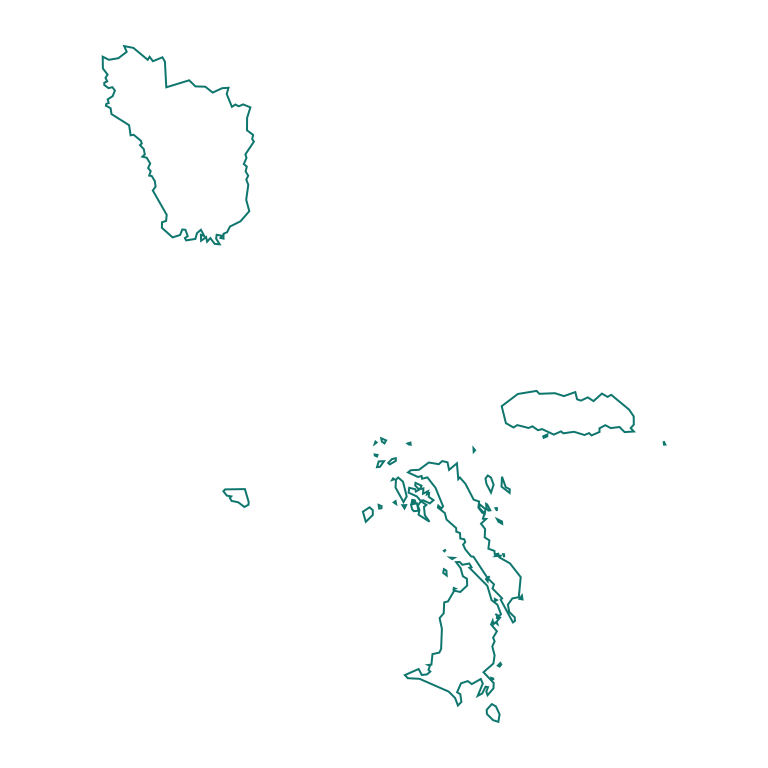 outline of Nias Selatan, Sumatera Utara, Indonesia
{"feature_id": "22746128B70987165350034", "entity_name": "Nias Selatan", "entity_type": "district", "adm_level": 2, "iso_a3": "IDN", "parent_name": "Indonesia", "parent_adm1": "Sumatera Utara", "projection": "albers", "projection_center": [98.287, 0.198], "detail": "fine", "context": "isolated", "style": "outline", "palette": "teal", "viewbox_px": 768, "rotation_deg": 0, "n_neighbors": 0, "source": "geoboundaries", "source_scale": "gbopen_adm2", "svg_char_len": 6112}
<svg xmlns="http://www.w3.org/2000/svg" viewBox="0 0 768 768"><path d="M133.4,47.9L124.2,46.1L126.7,51.8L118.4,58.2L108.9,59.8L102.7,56.7L102.9,68.5L107.6,74.6L105.5,77.9L107.2,81.4L104.3,82.7L104.3,85.0L108.5,88.1L112.4,87.2L114.9,90.5L112.7,96.1L107.7,99.4L108.7,103.0L106.3,103.9L105.9,105.7L110.6,108.2L111.5,114.1L129.1,125.2L130.6,135.3L133.7,134.8L140.9,140.8L141.8,143.5L140.0,145.1L143.8,149.2L144.8,154.4L142.4,156.7L146.7,157.7L150.2,163.6L148.1,168.0L150.7,171.2L149.2,175.6L151.7,176.0L154.8,181.0L155.6,186.6L152.8,190.5L166.7,214.8L166.1,220.9L162.0,222.3L161.9,227.8L172.6,237.4L180.1,235.0L182.3,229.5L185.4,229.8L187.7,236.1L184.9,238.1L186.2,240.4L195.4,238.9L197.0,233.1L200.9,229.8L204.3,236.1L200.9,234.8L201.1,240.7L206.1,237.2L207.1,241.7L210.3,238.1L214.7,243.9L219.7,244.3L216.1,238.6L216.7,234.8L221.8,235.7L220.5,237.9L223.5,238.6L223.5,233.8L227.1,232.2L230.0,226.5L240.5,221.3L249.3,211.2L246.2,199.8L248.3,184.8L246.3,179.6L248.2,175.7L245.6,171.4L246.8,166.6L243.8,164.1L246.5,157.9L245.4,154.4L253.9,141.6L252.2,139.1L253.1,134.9L247.0,130.3L247.1,117.9L250.4,107.4L243.2,104.4L238.6,106.3L235.5,104.5L231.9,106.8L226.7,94.0L228.5,87.8L222.1,88.2L212.7,92.6L205.3,86.7L195.4,86.4L189.2,80.3L166.3,87.3L164.9,61.6L162.4,57.3L152.9,61.2L149.6,56.8L147.7,59.8L133.4,47.9ZM462.3,564.8L459.6,561.9L456.1,562.1L460.6,568.1L462.9,576.3L466.9,578.7L467.2,585.5L460.3,592.0L454.2,590.7L448.0,601.4L444.2,602.4L443.7,613.3L439.6,618.1L441.9,628.8L441.1,649.0L439.3,652.6L432.5,654.1L431.4,664.6L428.2,665.0L429.9,665.8L428.5,669.9L430.3,671.6L427.0,674.4L421.8,675.0L418.6,669.0L404.9,675.1L407.8,678.2L419.5,678.8L448.7,691.6L455.1,698.0L457.9,705.5L461.4,701.9L460.3,694.2L457.1,692.3L461.0,683.3L467.8,681.1L471.8,684.1L480.8,679.0L482.8,683.5L477.7,695.9L482.2,693.5L485.6,686.7L488.0,687.1L486.3,691.6L487.6,695.2L493.5,688.3L493.7,683.0L483.5,672.2L493.4,663.5L494.6,655.4L492.3,646.5L494.6,641.3L493.1,637.7L496.9,631.3L491.1,624.5L492.7,620.7L493.5,624.2L495.3,622.5L497.4,624.0L496.6,621.7L500.1,617.6L498.4,616.5L496.8,618.9L497.2,615.3L495.3,614.0L499.1,616.0L501.0,614.3L497.4,604.7L491.6,600.1L487.3,585.8L469.5,567.8L471.5,567.3L469.3,563.5L462.3,564.8ZM447.5,462.3L442.2,461.1L438.8,464.2L428.8,462.5L419.0,469.8L410.9,470.2L408.0,472.4L418.0,477.0L421.6,476.0L422.1,478.7L427.4,477.4L435.5,487.8L443.1,506.4L441.5,508.4L438.3,505.6L437.9,507.6L444.8,513.0L446.5,519.5L456.2,528.1L456.3,531.7L460.0,533.0L460.3,538.5L464.3,539.3L465.2,542.1L463.1,544.6L465.4,549.5L471.1,556.4L473.5,556.7L487.2,577.5L489.6,576.5L487.9,578.3L494.0,584.4L492.5,588.5L502.1,598.3L500.7,599.7L512.9,622.4L515.0,620.9L514.7,617.3L509.2,611.9L507.9,604.6L512.4,598.4L518.8,597.2L520.7,577.1L509.9,563.3L499.5,557.5L500.6,555.8L495.6,556.1L499.1,553.6L494.8,554.4L494.4,550.9L488.4,548.7L489.4,540.4L484.7,537.4L485.1,529.0L481.0,523.7L486.1,519.0L482.9,518.7L484.5,513.8L482.2,512.7L478.4,507.6L479.1,501.5L473.7,499.7L465.5,483.9L459.9,477.5L458.3,479.2L456.9,463.3L449.1,469.9L447.5,462.3ZM536.6,390.9L517.8,394.0L501.7,406.2L505.9,423.1L513.5,427.5L517.3,425.1L528.6,428.0L532.4,426.3L538.0,430.2L542.1,429.1L553.8,434.6L561.0,431.4L563.3,433.3L574.0,431.8L584.5,435.0L589.1,433.1L591.5,435.4L599.5,432.0L599.5,428.3L605.3,425.2L610.8,428.1L619.5,427.0L624.6,432.1L633.9,431.5L630.7,428.1L633.8,424.6L633.7,416.4L629.2,409.7L611.2,394.8L607.6,396.9L601.9,393.6L593.5,401.1L587.8,397.4L580.9,400.6L577.1,399.3L575.3,392.1L563.9,396.1L554.9,393.2L539.4,393.8L536.6,390.9ZM244.9,489.1L225.1,489.4L223.4,491.2L226.8,495.6L231.2,496.4L229.8,497.9L231.6,500.9L238.3,502.3L244.4,507.0L248.5,504.7L248.7,502.1L244.9,489.1ZM415.5,482.9L415.2,485.5L419.1,489.6L415.9,491.5L415.2,489.2L409.2,487.8L408.6,492.7L416.9,496.4L420.4,500.6L423.4,500.3L429.8,503.4L433.5,500.2L428.7,496.8L429.1,493.2L427.0,494.3L428.0,491.2L423.0,493.7L423.4,488.4L420.0,489.2L421.5,485.7L415.5,482.9ZM491.8,704.1L486.7,709.8L486.9,714.0L493.0,720.1L498.3,721.9L499.6,714.4L495.9,706.4L491.8,704.1ZM406.7,496.4L403.0,481.7L398.2,477.5L396.0,479.6L395.5,487.5L403.5,502.0L406.7,496.4ZM426.4,504.9L420.9,501.2L417.8,505.8L419.4,509.8L418.6,514.7L429.5,521.7L424.8,515.2L424.0,506.9L426.4,504.9ZM365.8,521.8L372.8,515.0L372.8,510.2L369.6,507.3L362.9,511.7L365.8,521.8ZM493.6,484.7L491.0,477.6L487.8,475.5L485.5,478.5L486.5,484.0L491.0,492.6L493.6,484.7ZM416.9,503.3L411.0,504.5L412.1,509.3L413.9,511.2L418.5,510.7L416.9,503.3ZM502.0,476.7L501.5,486.6L509.6,492.9L509.8,489.3L505.7,487.1L502.0,476.7ZM384.0,461.2L378.7,461.4L377.0,467.2L380.0,466.8L384.0,461.2ZM484.8,513.5L485.5,509.2L479.8,504.4L479.3,508.0L484.8,513.5ZM389.8,464.4L395.8,460.9L395.8,458.2L391.9,459.1L388.2,463.0L389.8,464.4ZM384.5,443.4L386.1,440.4L381.2,438.3L381.9,441.7L384.5,443.4ZM446.7,575.5L446.4,570.6L443.9,569.1L443.2,572.9L446.7,575.5ZM381.5,508.2L381.6,506.1L378.6,504.9L379.2,508.6L381.5,508.2ZM406.1,505.1L402.4,505.2L404.5,508.4L406.1,505.1ZM490.3,510.3L487.2,504.5L486.1,503.9L486.5,508.3L488.4,510.6L490.3,510.3ZM502.2,523.8L502.0,521.5L497.0,519.0L498.4,521.7L502.2,523.8ZM543.7,437.8L547.2,436.4L547.4,434.5L543.2,436.3L543.7,437.8ZM522.5,599.4L521.9,595.6L519.6,598.9L522.5,599.4ZM499.6,666.6L501.2,664.6L500.4,663.0L497.8,665.6L499.6,666.6ZM393.8,502.4L396.1,504.0L395.6,501.1L393.8,502.4ZM412.2,499.9L411.8,502.3L415.3,501.9L414.8,500.3L412.2,499.9ZM410.7,444.7L410.4,442.6L407.5,443.5L408.8,444.5L410.7,444.7ZM473.7,451.8L475.1,450.2L473.5,448.3L473.7,451.8ZM495.1,601.2L496.9,600.1L494.9,599.0L495.1,601.2ZM377.0,456.5L377.5,454.9L374.6,454.5L374.8,455.5L377.0,456.5ZM392.1,480.0L394.4,479.3L393.1,478.4L392.1,480.0ZM452.2,559.1L454.2,557.9L450.0,557.6L452.2,559.1ZM504.2,557.2L504.1,554.3L503.2,554.2L504.2,557.2ZM374.7,443.9L376.6,442.5L375.5,441.6L374.7,443.9ZM487.6,581.2L487.7,579.5L485.5,578.5L487.6,581.2ZM665.3,444.6L664.1,442.0L663.7,442.1L664.0,444.6L665.3,444.6ZM491.4,677.9L491.8,679.7L493.3,679.2L493.2,678.5L491.4,677.9ZM497.0,510.8L496.8,508.0L495.5,508.2L497.0,510.8ZM444.4,551.3L445.8,549.6L443.9,550.8L444.4,551.3ZM453.6,589.2L455.3,588.6L453.8,588.0L453.6,589.2Z" fill="none" stroke="#0f766e" stroke-width="2"/></svg>